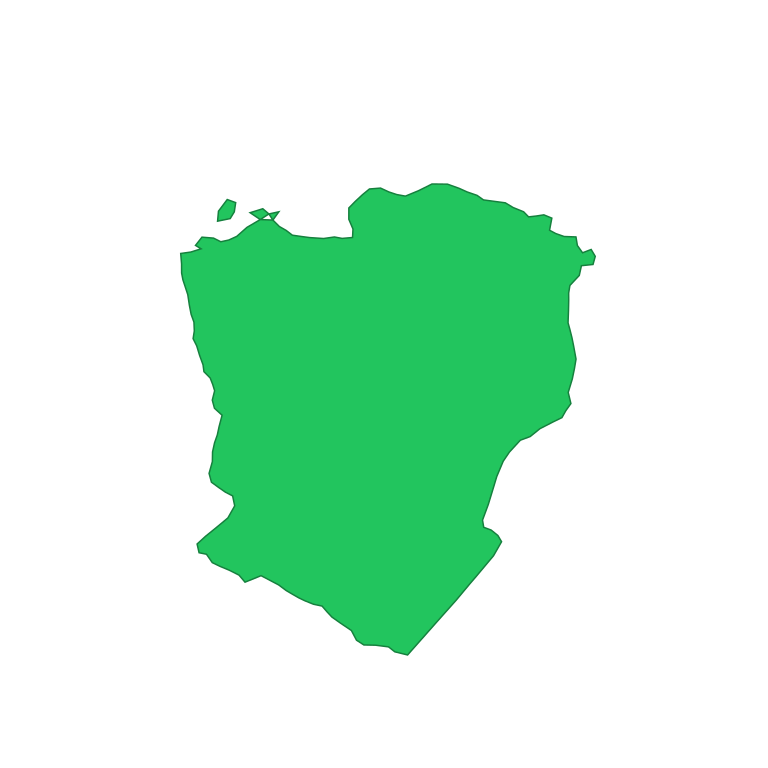 the district of São Gonçalo, Rio de Janeiro, Brazil, rotated 57°
{"feature_id": "56859067B71133988881578", "entity_name": "São Gonçalo", "entity_type": "district", "adm_level": 2, "iso_a3": "BRA", "parent_name": "Brazil", "parent_adm1": "Rio de Janeiro", "projection": "equal_earth", "projection_center": [-43.016, -22.822], "detail": "fine", "context": "isolated", "style": "filled", "palette": "green", "viewbox_px": 768, "rotation_deg": 57, "n_neighbors": 0, "source": "geoboundaries", "source_scale": "gbopen_adm2", "svg_char_len": 2177}
<svg xmlns="http://www.w3.org/2000/svg" viewBox="0 0 768 768"><g transform="rotate(57 384 384)"><path d="M315.6,173.1L306.3,179.6L298.1,183.6L283.8,200.3L276.5,203.2L268.3,209.6L260.7,214.5L251.0,221.9L242.4,234.8L240.7,249.7L238.1,263.7L232.1,270.1L225.6,275.3L217.8,280.2L212.5,290.0L213.5,298.9L215.2,308.6L217.2,317.6L226.7,323.8L237.1,325.6L244.0,330.6L239.1,339.8L233.7,345.5L229.1,355.4L220.8,366.5L215.5,372.7L209.3,379.8L201.9,382.4L194.9,386.0L186.0,387.9L178.7,398.2L178.0,413.6L180.0,427.1L178.7,435.8L175.8,443.4L168.8,447.5L161.7,456.7L165.1,466.6L171.0,463.8L168.1,474.2L163.8,483.4L173.1,488.4L180.7,493.3L187.1,495.9L194.3,497.8L202.2,499.9L212.1,504.4L220.5,507.8L228.6,509.7L236.2,514.2L242.0,519.4L250.0,520.3L259.7,523.1L269.3,525.3L275.6,528.3L284.3,526.5L291.1,527.9L297.4,529.7L304.0,536.8L312.0,539.4L322.0,536.8L330.0,545.6L335.9,551.5L341.0,558.1L347.6,564.8L355.6,570.2L363.7,579.4L372.4,582.2L380.8,579.0L388.4,575.9L395.4,571.9L404.9,575.6L411.3,587.9L413.2,604.0L414.5,616.5L416.4,627.9L424.8,631.0L430.1,625.6L440.3,625.3L447.7,620.8L455.6,615.4L465.3,609.7L474.5,608.5L477.8,591.5L495.1,581.8L504.0,578.5L510.8,575.1L517.0,571.9L522.9,568.3L530.3,563.1L536.5,556.9L544.5,555.8L551.2,554.6L561.2,550.6L573.0,545.6L583.9,546.6L591.9,543.0L598.5,533.3L606.9,523.4L614.5,520.8L624.1,511.8L612.2,468.9L604.6,441.1L598.3,420.7L595.6,411.5L587.7,385.7L580.3,371.3L573.1,371.0L564.8,373.7L558.5,378.4L551.8,375.5L541.8,362.1L529.7,347.7L523.0,339.8L513.7,326.1L509.4,315.9L505.4,300.3L507.7,290.0L506.4,277.6L507.9,262.8L509.1,253.1L505.4,246.0L502.2,237.9L491.4,234.1L482.3,223.3L474.6,215.7L467.7,209.4L455.0,204.1L447.4,201.1L439.5,198.4L432.9,196.3L422.5,189.0L414.1,183.3L408.3,179.6L402.6,174.4L399.3,161.1L392.3,154.0L397.6,143.6L392.0,137.3L384.0,137.0L382.1,146.0L373.2,146.4L365.2,142.9L358.4,152.6L351.4,158.0L345.2,161.4L336.3,152.9L329.2,157.8L326.0,164.9L322.6,171.7L315.6,173.1ZM161.5,422.9L158.1,415.8L151.1,409.6L143.9,415.0L148.9,428.7L156.8,434.9L161.5,422.9ZM178.7,398.2L178.7,387.9L171.0,390.2L167.4,403.0L178.7,398.2ZM186.0,387.9L182.3,378.4L178.7,387.9L186.0,387.9Z" fill="#22c55e" stroke="#15803d" stroke-width="1.5"/></g></svg>